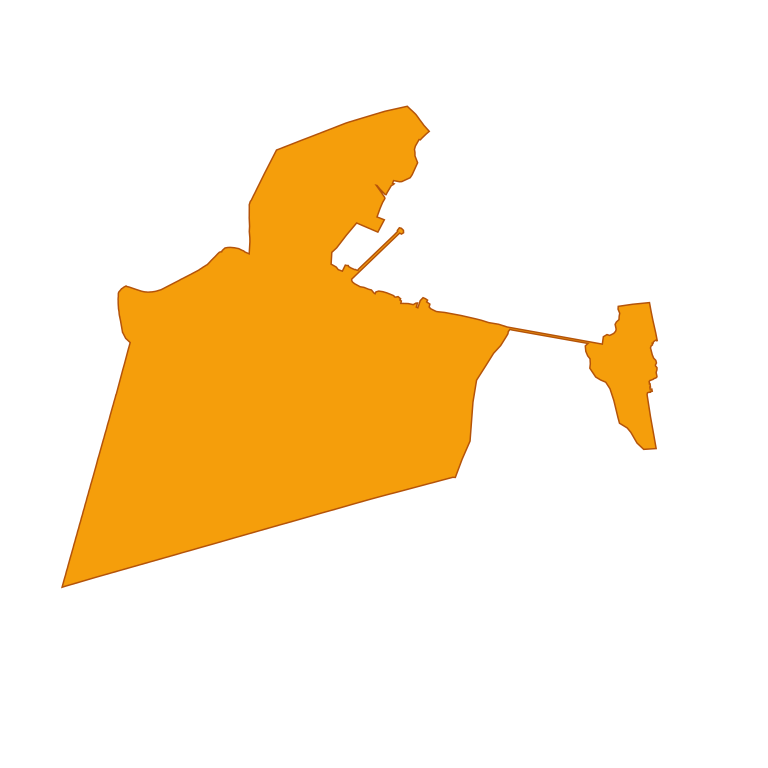 outline of Al Mansurah, `Adan, Yemen, rotated 284°
{"feature_id": "15242507B60312566406637", "entity_name": "Al Mansurah", "entity_type": "district", "adm_level": 2, "iso_a3": "YEM", "parent_name": "Yemen", "parent_adm1": "`Adan", "projection": "natural_earth1", "projection_center": [44.982, 12.841], "detail": "fine", "context": "isolated", "style": "filled", "palette": "amber", "viewbox_px": 768, "rotation_deg": 284, "n_neighbors": 0, "source": "geoboundaries", "source_scale": "gbopen_adm2", "svg_char_len": 5655}
<svg xmlns="http://www.w3.org/2000/svg" viewBox="0 0 768 768"><g transform="rotate(284 384 384)"><path d="M539.3,363.2L539.3,361.1L536.2,359.8L535.4,360.3L531.1,357.8L501.1,338.9L492.9,333.7L489.0,331.3L487.9,331.2L487.9,329.6L488.2,328.7L487.9,327.8L488.6,323.9L489.4,321.3L490.3,320.7L490.0,319.2L490.0,317.7L483.4,316.3L483.9,311.9L485.9,309.4L487.5,303.7L499.1,301.5L504.6,305.1L519.3,311.5L533.6,318.5L529.9,341.3L543.4,344.6L544.4,336.8L553.3,337.7L559.7,338.7L564.2,340.0L565.2,339.5L569.8,334.4L574.9,328.4L574.9,329.2L572.2,332.8L570.4,335.7L568.2,339.3L568.2,340.2L570.3,340.7L578.3,343.1L579.9,344.9L580.7,345.4L580.8,343.7L583.7,344.1L584.0,350.2L584.7,352.3L590.5,359.5L593.9,360.7L606.8,363.1L609.1,361.5L612.8,358.9L616.2,358.0L619.0,356.8L622.4,356.9L629.7,358.9L629.7,360.2L631.4,361.1L636.7,364.4L640.1,366.8L644.7,360.0L645.4,359.2L646.0,358.5L647.7,356.4L649.4,354.3L650.4,353.2L651.3,352.1L651.9,351.4L652.8,350.3L653.4,349.5L655.6,345.7L657.1,342.9L659.1,339.4L657.9,337.0L648.8,318.8L630.0,287.2L627.8,283.7L606.6,253.7L600.4,244.8L596.6,239.5L585.0,223.1L559.3,217.1L546.9,214.4L542.9,213.5L537.6,212.4L536.9,212.2L536.0,212.0L534.8,211.7L533.6,211.5L532.3,211.2L530.8,210.9L530.0,210.7L528.8,210.1L525.5,209.9L525.2,209.9L524.3,210.2L514.5,212.6L512.7,213.0L511.0,213.5L504.6,215.4L499.4,216.4L493.3,218.5L489.5,219.5L477.7,221.7L477.9,220.4L478.4,217.3L479.2,215.5L479.4,213.9L480.2,210.3L480.0,205.9L479.4,202.0L478.7,199.5L477.5,196.8L474.3,194.7L473.0,194.5L472.6,193.3L472.0,192.4L470.0,191.1L468.9,190.5L466.4,189.1L464.5,187.9L463.4,187.3L462.7,186.8L460.1,185.4L457.0,183.6L456.2,182.7L454.6,181.2L453.3,179.9L452.1,178.9L450.9,177.7L449.6,176.6L447.0,173.7L441.3,167.3L436.1,161.3L435.0,160.2L432.3,157.1L424.2,147.9L423.3,146.9L422.8,146.3L421.5,144.8L420.1,142.4L419.9,142.1L419.6,141.6L418.9,140.4L418.1,138.7L417.9,138.1L417.3,136.8L416.8,135.1L416.3,133.7L416.0,132.7L415.8,131.5L415.8,131.0L415.7,130.8L415.6,130.2L415.5,129.5L415.4,127.6L415.4,125.9L415.8,120.3L416.4,113.4L416.4,112.1L416.4,110.4L416.7,110.0L415.2,108.3L414.5,107.7L413.4,106.9L413.0,106.3L411.4,105.6L410.8,105.3L410.4,105.1L409.0,104.4L407.7,104.3L404.3,105.1L403.4,105.2L401.5,105.6L400.6,105.9L398.2,106.5L396.2,107.1L395.0,107.5L393.4,108.0L393.0,108.1L391.8,108.6L390.3,109.3L387.6,110.2L386.8,110.6L386.1,110.8L385.7,111.1L385.1,111.4L384.4,111.7L381.3,113.2L379.7,113.9L370.7,117.9L370.4,118.3L365.8,122.3L363.6,126.3L362.8,127.7L358.5,127.6L356.4,127.5L340.9,127.3L334.9,127.1L309.1,126.7L308.7,126.5L307.3,126.5L305.3,126.5L300.9,126.3L298.6,126.3L298.0,126.3L297.3,126.2L293.8,126.1L290.3,126.0L286.8,125.9L283.2,125.9L279.7,125.7L276.3,125.6L272.8,125.6L269.3,125.4L265.8,125.3L263.3,125.3L262.7,125.2L259.3,125.1L255.8,125.0L252.3,124.9L248.7,124.8L245.3,124.7L241.7,124.5L238.2,124.5L233.4,124.4L222.3,124.1L221.2,124.0L219.0,124.0L215.6,123.8L212.1,123.8L208.7,123.6L205.2,123.6L204.1,123.5L201.7,123.4L198.2,123.4L194.7,123.2L191.1,123.2L187.6,123.0L184.2,123.0L180.8,122.8L178.7,122.8L177.4,122.8L173.9,122.6L170.4,122.6L167.0,122.4L163.5,122.4L160.1,122.2L156.6,122.2L153.1,122.0L149.9,122.0L147.6,121.9L143.7,121.8L139.0,121.6L134.5,121.5L131.6,121.4L128.7,121.4L125.8,121.2L122.9,121.2L121.3,121.2L119.9,121.1L117.3,121.0L109.0,120.8L108.9,120.8L109.4,121.6L110.8,123.9L119.3,138.5L126.6,150.9L170.1,226.7L171.5,229.0L176.7,238.2L180.6,244.9L182.2,247.7L186.8,255.8L198.8,276.5L221.5,316.0L230.1,331.1L238.4,345.5L243.8,354.8L250.7,367.0L256.8,377.6L260.7,384.3L268.3,397.6L272.9,405.8L279.2,417.2L279.8,418.4L284.3,426.6L298.6,452.4L299.8,454.7L305.1,464.2L310.1,473.3L310.6,475.8L329.9,478.0L349.4,481.3L388.0,474.7L410.1,472.9L425.9,478.2L440.3,482.9L449.5,487.9L459.6,491.2L462.7,492.1L464.8,491.9L467.4,492.9L467.4,495.2L472.7,572.1L469.6,570.1L464.5,571.9L460.6,574.8L458.3,577.8L453.5,579.3L449.1,579.9L442.0,587.7L440.3,593.2L439.4,598.7L434.1,604.4L423.6,611.0L407.9,619.2L402.9,622.0L400.2,630.6L396.8,635.2L387.9,643.8L383.4,651.8L387.2,663.7L399.3,658.3L416.7,650.5L437.4,641.8L438.4,641.8L439.3,641.8L439.9,642.8L440.5,644.6L441.4,644.2L441.9,646.0L443.9,645.1L443.4,643.5L445.3,642.7L445.5,643.3L448.5,642.1L448.3,641.5L449.7,641.1L450.2,640.7L450.7,640.7L451.9,641.3L452.1,641.9L452.5,642.3L453.6,644.0L454.2,644.3L455.7,646.3L456.2,646.8L457.1,647.1L458.3,646.6L460.9,645.3L462.4,645.3L463.7,645.4L465.2,645.1L465.8,645.0L466.6,644.0L467.0,643.3L467.4,643.0L468.2,642.8L468.7,642.9L470.3,643.3L472.7,642.0L474.3,639.4L477.3,637.2L482.7,634.3L483.4,633.8L484.3,633.9L484.9,633.9L485.6,634.0L486.2,634.5L486.9,635.0L488.4,634.4L488.5,635.2L489.8,635.2L490.6,635.6L492.1,636.9L492.6,637.7L492.5,638.0L492.0,638.2L492.2,638.6L499.5,635.2L510.4,629.7L518.8,625.7L527.2,621.9L521.5,605.9L516.0,592.5L513.2,593.0L509.7,595.6L506.7,595.8L503.3,596.4L500.4,594.5L497.8,593.8L493.3,596.0L491.3,596.0L488.7,594.7L487.2,593.0L485.7,591.2L485.9,588.4L482.9,585.4L475.5,586.2L473.5,555.7L469.2,491.1L469.1,489.8L469.7,480.8L468.9,470.7L469.4,463.0L469.4,457.1L469.1,442.2L468.1,425.6L467.2,419.2L467.0,417.2L467.7,413.8L468.3,411.2L469.6,409.2L472.6,409.2L474.0,405.5L475.9,406.0L476.8,403.6L477.2,401.0L473.7,399.0L466.1,398.4L466.4,396.7L470.7,396.9L470.2,395.4L468.1,393.2L467.9,388.0L466.3,380.8L468.7,380.8L469.4,379.1L470.7,379.5L472.2,376.5L471.1,374.3L471.1,373.0L472.0,372.2L472.4,369.8L473.1,364.8L473.3,360.5L472.9,356.4L471.4,353.9L469.4,353.5L470.1,351.8L471.3,350.3L472.2,349.0L472.2,346.2L472.9,341.2L472.6,337.3L474.2,331.2L475.3,328.8L476.5,327.7L477.9,327.3L488.0,333.6L532.4,361.5L534.2,362.7L533.7,364.7L535.5,366.4L537.8,365.7L539.3,363.2Z" fill="#f59e0b" stroke="#b45309" stroke-width="1.5"/></g></svg>